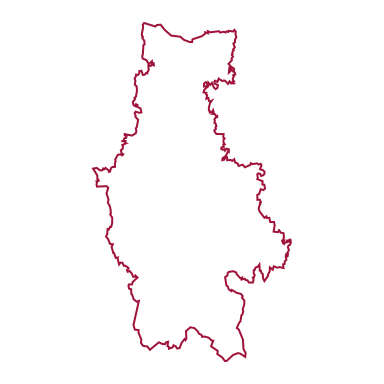 outline of Mymensingh, Dhaka, Bangladesh
{"feature_id": "16705992B54511139091050", "entity_name": "Mymensingh", "entity_type": "district", "adm_level": 2, "iso_a3": "BGD", "parent_name": "Bangladesh", "parent_adm1": "Dhaka", "projection": "equal_earth", "projection_center": [90.455, 24.722], "detail": "fine", "context": "isolated", "style": "outline", "palette": "rose", "viewbox_px": 384, "rotation_deg": 0, "n_neighbors": 0, "source": "geoboundaries", "source_scale": "gbopen_adm2", "svg_char_len": 5978}
<svg xmlns="http://www.w3.org/2000/svg" viewBox="0 0 384 384"><path d="M245.2,356.9L245.6,352.9L243.5,349.2L242.9,339.6L238.8,329.5L236.8,328.0L239.2,322.6L240.5,321.1L241.4,315.3L242.4,314.4L243.2,311.4L242.7,309.3L244.3,304.5L244.3,300.5L242.0,297.5L242.7,296.1L241.0,293.9L237.0,293.0L231.8,289.9L231.3,291.1L228.7,289.3L227.9,286.6L226.4,285.5L225.1,277.2L227.4,275.5L227.6,273.2L228.9,271.9L233.2,271.2L236.3,272.5L236.5,273.9L240.5,278.4L242.1,277.6L241.8,279.5L244.8,278.7L245.7,280.1L247.5,280.3L248.8,282.5L252.8,282.6L253.6,279.8L252.8,277.5L254.0,277.2L254.7,274.9L253.7,273.5L253.8,270.0L255.0,269.6L255.4,267.6L257.9,266.7L259.4,264.5L259.8,270.7L260.9,270.7L261.3,272.8L262.7,273.9L263.1,278.3L264.4,281.1L268.1,275.8L268.0,274.5L269.7,271.4L269.9,267.4L272.7,269.7L273.8,266.3L277.5,267.7L279.6,267.1L283.5,268.0L283.1,264.3L284.5,264.0L284.9,261.1L286.4,259.8L285.7,255.9L286.3,254.2L287.1,254.9L286.8,256.6L287.6,256.2L288.0,253.8L287.5,252.8L289.0,249.9L287.8,247.3L288.6,245.5L290.2,244.6L290.9,242.2L290.4,239.6L289.2,239.9L289.3,241.9L286.5,240.1L287.5,241.6L287.0,242.3L284.8,242.4L284.2,244.0L283.1,243.2L283.9,241.0L282.5,241.8L282.1,240.7L283.1,239.8L284.0,236.9L283.5,233.2L280.6,232.6L278.7,229.4L278.9,231.1L277.9,232.2L273.6,231.6L274.7,225.4L274.0,222.0L270.2,222.0L269.3,217.9L266.7,217.9L266.4,216.4L264.4,217.8L259.6,211.5L258.7,208.4L259.5,205.2L260.4,204.3L259.9,202.9L260.9,202.3L259.8,199.7L257.4,199.8L257.3,194.8L259.1,194.1L260.8,189.2L263.3,190.1L265.0,188.6L264.3,184.7L262.4,184.5L262.6,181.2L257.3,179.1L257.8,177.9L257.3,174.4L258.1,173.4L260.3,173.9L261.1,176.0L263.6,175.0L264.5,173.4L264.6,172.0L263.4,170.5L260.0,169.1L261.5,165.3L260.7,163.8L258.6,164.5L257.0,163.4L252.5,164.1L250.8,163.2L250.3,164.9L244.9,167.3L242.7,164.7L238.5,165.9L237.7,163.5L235.1,162.4L234.2,159.2L232.2,160.9L230.7,160.0L227.2,160.2L227.1,157.3L226.4,156.5L224.0,159.8L222.3,160.2L222.6,158.2L226.0,155.7L227.9,151.5L228.8,152.0L228.9,149.4L226.4,148.6L225.0,150.7L224.2,149.2L223.2,149.8L221.2,148.9L221.5,147.5L223.8,146.7L223.3,144.6L224.7,144.3L223.5,142.4L223.5,139.3L224.6,138.6L223.2,136.9L223.6,134.1L216.4,134.0L214.7,131.8L214.3,130.3L215.9,129.1L215.5,127.2L216.4,126.3L215.6,123.5L214.4,122.8L214.9,121.0L214.4,119.3L215.9,117.3L217.2,117.2L217.2,115.7L215.6,115.6L214.7,114.0L212.3,113.8L213.7,112.6L213.1,110.2L212.2,111.8L209.8,112.5L209.8,111.1L208.9,110.5L208.9,107.4L210.1,102.9L211.6,100.7L209.9,101.5L209.0,101.1L208.4,98.0L206.4,98.7L207.1,95.1L206.1,94.4L206.4,92.8L203.6,92.4L204.3,89.8L206.6,87.4L204.9,86.0L204.1,86.4L204.0,83.7L205.7,82.1L207.1,82.8L207.3,87.1L208.0,86.6L208.4,82.7L210.2,85.0L211.9,82.8L213.9,87.6L215.6,89.1L217.4,87.9L217.9,85.1L214.7,83.6L214.3,81.7L214.9,80.7L217.4,81.9L218.7,78.6L222.3,81.1L223.9,80.4L225.2,80.9L228.1,83.9L229.6,81.3L231.2,83.5L233.8,83.3L232.6,82.0L234.0,81.3L232.9,80.1L232.8,78.1L234.0,76.3L233.2,75.2L235.3,74.4L234.5,72.3L233.1,71.5L233.2,70.3L233.6,71.1L234.1,70.2L233.9,68.5L232.6,67.6L231.3,68.4L230.7,69.4L231.2,70.5L228.9,72.6L229.4,67.4L230.8,66.3L228.5,63.9L231.9,60.2L231.5,58.6L233.0,56.6L231.8,55.0L232.7,53.9L232.2,53.0L232.8,51.3L233.8,50.4L233.1,49.3L234.8,47.5L233.4,43.5L235.1,42.1L235.0,39.6L236.3,37.1L235.4,33.5L235.8,31.8L234.4,29.9L233.2,31.5L228.7,30.8L228.3,31.9L226.4,31.4L225.6,32.5L223.9,31.8L220.0,32.5L219.1,31.2L210.4,32.3L207.9,31.2L208.1,33.3L205.2,32.3L205.3,33.6L201.7,36.3L192.5,39.3L192.1,42.0L189.9,42.1L184.0,39.9L180.2,36.7L171.2,35.6L164.9,30.1L160.6,24.7L157.0,25.0L155.3,26.5L144.1,23.0L142.8,24.7L143.1,27.4L141.9,33.5L141.9,35.9L142.9,36.8L142.3,38.0L144.3,40.8L144.6,44.3L143.4,45.1L142.8,54.8L142.2,55.8L142.6,58.5L146.6,60.2L148.7,64.2L151.9,61.2L152.0,62.9L153.7,63.2L153.8,65.4L151.8,64.6L150.8,65.9L148.4,65.5L148.6,70.5L147.5,71.7L147.4,73.3L146.0,73.0L145.0,74.5L142.9,75.0L141.4,70.7L139.3,71.1L139.3,73.1L138.0,74.9L136.0,74.7L136.2,75.9L134.6,78.4L135.4,81.0L134.8,84.7L136.6,86.2L137.0,90.3L136.0,96.5L134.5,97.9L135.1,99.0L132.9,101.9L133.1,103.6L133.7,105.2L135.2,106.1L136.0,104.2L137.5,104.9L137.0,106.7L140.6,108.5L141.4,112.4L139.1,112.8L135.6,111.7L134.6,113.0L135.7,115.8L135.4,116.8L138.1,119.8L136.8,126.9L135.8,128.5L136.4,131.0L135.8,133.2L132.0,135.6L124.7,134.1L124.7,135.3L126.5,136.3L126.2,137.8L124.3,138.3L123.4,141.1L121.3,141.2L125.5,141.1L124.9,142.9L126.1,143.3L122.3,145.0L122.9,146.0L122.7,148.9L120.8,150.2L121.7,153.6L123.2,154.3L122.2,155.4L120.8,154.4L117.8,154.8L115.1,159.8L115.7,161.3L114.9,163.4L115.0,166.9L112.4,167.0L111.0,168.1L110.0,171.7L108.8,171.8L108.7,170.5L105.5,167.9L104.5,169.2L103.2,168.5L102.7,170.0L100.3,170.5L96.6,167.9L93.1,168.6L97.3,175.5L97.4,179.3L99.0,179.8L98.0,179.8L98.6,180.8L96.5,181.4L97.1,182.3L96.5,184.1L97.0,186.6L106.7,186.2L108.2,187.7L106.5,193.5L108.5,199.5L107.9,202.8L109.9,206.2L110.6,209.8L110.8,213.6L110.2,214.4L112.2,217.6L112.2,223.0L111.2,226.9L110.1,226.8L108.9,229.4L107.6,229.0L107.2,234.3L106.0,236.5L108.2,239.3L110.0,243.9L112.9,244.3L111.6,246.8L113.3,253.1L114.1,253.2L115.7,257.8L117.8,257.5L117.5,258.2L119.1,264.5L120.5,262.7L122.4,262.7L123.8,265.8L125.0,265.6L128.3,267.7L128.5,268.5L126.9,270.2L127.8,271.8L129.6,270.9L131.9,273.7L133.2,276.8L134.9,276.8L135.4,275.5L137.5,277.5L132.7,282.0L132.0,284.4L128.8,284.5L128.5,285.6L129.0,288.6L131.1,289.2L131.4,294.2L132.2,294.7L133.7,299.3L136.7,301.7L138.9,300.9L133.5,324.9L134.8,329.6L138.6,330.1L138.5,332.6L141.3,339.5L141.0,343.0L143.1,345.9L147.4,346.5L149.9,349.8L158.9,342.3L162.4,344.0L165.1,344.1L165.9,342.4L168.1,341.8L167.5,346.2L168.9,346.9L169.0,348.7L172.7,347.3L173.5,345.3L175.7,346.3L177.1,348.5L179.6,348.1L181.5,343.1L184.6,339.0L185.5,340.1L186.4,338.3L186.0,331.1L190.4,327.3L194.4,328.1L198.1,331.7L198.7,333.5L201.6,335.0L202.2,336.9L204.5,336.5L208.7,337.7L211.5,340.4L213.2,340.7L211.1,346.3L217.8,351.0L217.3,354.0L222.3,357.5L224.9,361.0L226.7,360.9L232.9,355.1L237.9,353.1L240.4,353.7L245.2,356.9Z" fill="none" stroke="#9f1239" stroke-width="2"/></svg>